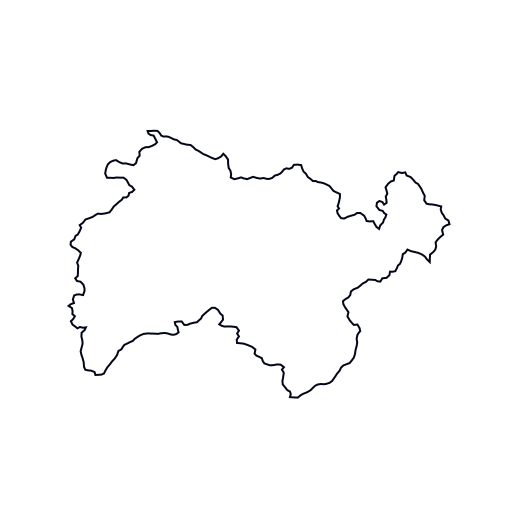 Lima Duarte, Minas Gerais, Brazil, rotated 346°
{"feature_id": "56859067B81519323949553", "entity_name": "Lima Duarte", "entity_type": "district", "adm_level": 2, "iso_a3": "BRA", "parent_name": "Brazil", "parent_adm1": "Minas Gerais", "projection": "mercator", "projection_center": [-43.877, -21.8], "detail": "fine", "context": "isolated", "style": "outline", "palette": "ink", "viewbox_px": 512, "rotation_deg": 346, "n_neighbors": 0, "source": "geoboundaries", "source_scale": "gbopen_adm2", "svg_char_len": 5516}
<svg xmlns="http://www.w3.org/2000/svg" viewBox="0 0 512 512"><g transform="rotate(346 256 256)"><path d="M67.8,253.9L68.0,257.6L64.8,257.9L62.1,259.1L64.8,262.0L64.7,265.0L63.8,268.0L65.7,270.6L63.3,273.0L60.6,274.5L61.4,278.2L63.6,280.8L65.2,283.0L67.9,282.3L70.9,283.8L73.7,284.1L71.8,286.4L68.2,288.3L67.1,292.0L67.1,295.7L66.5,299.2L64.5,302.9L62.8,306.0L62.7,309.5L63.0,312.8L63.1,317.5L62.3,322.0L62.9,325.1L65.3,326.3L68.4,327.4L71.3,329.6L71.4,332.6L74.5,333.2L77.4,333.7L80.1,333.2L82.1,330.8L84.9,328.0L88.1,325.7L90.8,323.5L94.1,321.3L97.2,318.5L99.5,314.9L102.8,314.0L104.6,312.2L106.7,310.4L109.8,309.8L112.8,309.1L115.9,308.6L118.2,307.1L120.5,306.2L124.2,305.0L127.9,304.4L132.2,304.9L135.8,306.0L138.8,306.8L141.8,307.8L145.2,308.0L148.8,308.6L151.8,309.9L154.6,311.7L157.0,312.5L159.6,312.5L162.4,311.4L162.4,308.5L162.5,305.8L161.1,303.3L161.2,300.5L164.3,300.7L168.0,301.5L169.8,305.6L173.1,306.2L175.5,305.7L179.7,305.7L182.7,306.0L185.1,304.6L187.5,303.4L189.3,301.2L192.0,299.7L195.1,298.1L198.3,296.6L200.7,295.6L203.6,296.3L206.1,299.1L207.4,303.2L209.2,305.7L208.6,309.8L205.9,311.9L203.8,313.4L205.9,315.4L208.2,316.8L211.5,317.5L215.2,318.5L219.8,320.3L221.4,324.3L218.9,326.7L220.0,329.9L217.1,332.5L216.5,335.8L219.5,336.8L222.9,338.1L226.3,340.3L230.3,343.3L232.8,346.6L231.0,350.4L232.3,352.8L234.7,354.6L237.0,356.7L237.1,359.4L238.1,362.2L241.1,364.2L243.3,365.5L246.4,366.1L250.1,366.3L253.5,367.3L256.2,370.6L253.7,372.5L254.7,376.0L253.1,380.0L251.4,383.7L250.9,387.1L252.2,389.8L253.9,393.7L256.2,395.8L256.3,398.5L254.8,401.1L258.2,402.3L262.3,403.5L265.9,401.8L268.6,401.1L271.8,400.7L274.4,400.1L276.7,399.3L279.3,397.7L281.8,396.3L284.6,395.6L288.0,395.9L290.7,396.8L293.2,397.1L296.9,396.8L299.7,395.6L301.7,393.9L303.8,392.0L306.3,389.7L309.4,387.5L311.6,384.8L314.4,383.3L317.7,382.9L321.0,382.5L323.8,380.4L326.3,378.3L328.2,375.3L330.0,371.0L331.9,367.7L333.3,364.3L333.6,360.7L335.1,357.4L336.9,355.5L339.0,354.1L339.0,350.8L337.8,347.0L334.3,346.6L333.0,344.4L331.4,341.1L330.1,336.7L332.1,332.9L331.0,329.9L330.0,327.3L329.1,323.9L329.5,320.8L332.6,319.4L335.5,318.6L338.0,316.7L339.5,313.4L342.9,311.9L346.9,311.4L349.6,310.2L352.9,308.5L356.6,307.6L359.4,306.0L363.1,307.2L365.9,308.1L367.7,309.9L370.4,310.9L373.2,308.2L377.3,308.8L380.8,306.9L382.3,303.6L384.6,304.3L387.5,304.4L389.8,301.9L391.4,299.6L393.7,298.5L395.3,296.6L397.4,293.3L398.9,289.7L401.6,288.9L404.5,286.4L407.4,288.7L411.3,290.7L414.0,292.1L416.2,293.7L418.0,295.3L419.8,297.5L421.0,300.5L423.1,303.9L424.1,300.4L425.2,296.8L429.0,295.0L431.5,293.2L433.1,290.4L433.6,286.2L436.0,284.2L439.1,282.3L442.8,280.5L442.8,275.8L444.9,273.3L448.3,272.2L451.4,272.0L451.3,268.1L448.7,265.5L447.8,261.7L446.7,259.1L446.5,255.5L447.7,252.7L445.1,251.3L442.6,250.0L439.2,248.5L436.7,247.8L434.1,246.5L432.7,242.6L434.3,238.4L433.5,235.4L432.6,230.7L431.5,227.5L430.5,225.1L428.5,223.3L427.2,220.4L425.1,216.8L421.6,214.3L421.1,211.0L417.7,210.8L414.3,209.0L412.3,210.4L409.7,211.8L408.0,216.1L404.9,216.3L401.8,217.8L398.3,220.7L398.5,224.2L398.5,227.3L396.3,229.7L396.1,232.7L395.6,236.0L392.7,237.1L391.7,234.2L389.0,232.5L386.2,233.6L384.9,236.9L386.9,241.3L389.8,242.8L390.7,245.3L392.5,247.3L391.0,249.7L388.9,251.7L387.4,254.2L383.9,256.4L382.0,259.5L379.9,256.9L379.0,253.9L378.2,250.6L374.4,249.9L371.8,248.8L371.4,245.9L370.7,243.1L367.6,239.5L364.5,238.7L361.7,239.8L358.3,239.9L354.6,240.1L350.5,241.0L347.7,239.8L346.5,237.3L345.5,234.2L345.6,231.4L348.1,230.0L347.2,227.5L348.6,225.4L350.0,222.8L351.7,219.2L352.4,216.1L349.8,214.0L346.9,211.6L345.6,208.7L344.2,205.8L341.5,203.5L339.3,201.8L336.8,200.4L334.0,199.3L332.1,197.7L329.4,197.1L327.6,194.5L325.4,191.9L324.3,188.2L322.6,185.7L322.0,182.5L321.8,178.7L318.1,177.3L314.8,176.7L312.3,179.0L309.3,179.5L306.7,178.3L304.0,178.8L301.6,180.7L299.4,181.9L296.5,182.5L293.7,182.5L290.5,184.2L287.1,184.4L284.8,183.6L282.3,182.2L278.5,181.8L275.2,180.2L272.4,178.5L269.5,178.8L266.1,179.3L262.8,177.7L260.5,176.1L257.3,176.3L253.5,176.2L250.5,173.7L251.7,170.6L251.8,167.0L250.8,164.0L251.2,160.1L252.2,155.7L250.8,151.9L249.0,148.9L246.2,151.0L242.7,152.0L240.0,152.2L237.2,150.4L234.2,147.9L231.9,146.0L229.5,144.4L227.7,142.3L225.4,139.9L223.2,138.1L221.6,135.4L219.4,132.5L215.5,131.1L212.9,129.7L210.5,128.5L209.0,126.5L207.3,124.4L204.6,123.0L202.0,120.8L200.0,119.2L197.7,118.2L195.3,117.8L193.2,116.3L192.2,113.3L190.7,110.8L187.4,109.8L183.8,109.2L181.1,108.5L181.3,111.3L183.1,113.2L185.8,114.4L186.6,117.8L187.5,121.7L185.3,123.1L181.7,124.0L178.2,124.4L175.2,123.7L171.4,124.4L168.0,126.7L167.4,130.5L164.7,132.3L163.3,134.7L162.0,136.9L159.1,138.2L155.8,136.7L152.3,134.7L149.0,134.0L145.9,131.7L143.4,129.1L140.4,129.0L137.6,129.5L134.6,131.1L132.8,133.3L131.3,135.7L129.6,139.5L130.4,144.1L133.7,144.9L136.5,145.8L139.7,146.1L143.4,147.2L146.5,148.0L148.7,150.7L149.6,154.1L150.2,156.6L152.4,158.7L154.0,162.3L151.2,163.9L148.2,164.1L146.9,166.6L144.5,167.8L141.3,167.1L139.5,168.9L136.2,170.3L132.9,172.1L129.9,173.6L127.3,176.0L124.4,178.2L120.1,178.2L116.3,177.8L112.8,176.7L110.3,177.3L107.2,178.5L103.3,179.0L99.4,179.3L96.1,181.9L92.4,183.4L93.2,186.3L90.8,189.4L88.2,192.1L85.8,192.8L83.7,195.8L79.8,197.4L78.8,200.3L80.0,202.9L82.5,204.8L84.8,207.4L86.8,210.6L85.6,212.9L83.0,216.4L80.8,219.1L81.2,222.5L80.1,225.7L79.1,229.4L78.2,232.3L75.2,233.9L76.2,236.9L79.5,238.5L81.5,241.9L81.8,245.7L81.2,248.3L78.8,252.1L75.3,250.5L72.9,250.0L70.0,250.3L67.8,253.9Z" fill="none" stroke="#020617" stroke-width="2"/></g></svg>